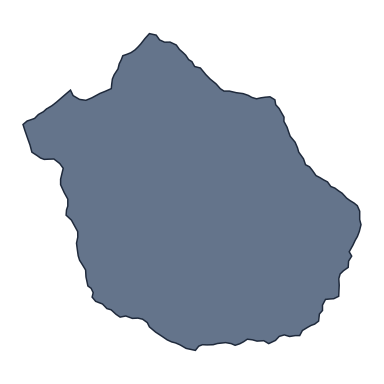 Piratininga, São Paulo, Brazil
{"feature_id": "56859067B94556875312547", "entity_name": "Piratininga", "entity_type": "district", "adm_level": 2, "iso_a3": "BRA", "parent_name": "Brazil", "parent_adm1": "São Paulo", "projection": "orthographic", "projection_center": [-49.192, -22.416], "detail": "fine", "context": "isolated", "style": "filled", "palette": "slate", "viewbox_px": 384, "rotation_deg": 0, "n_neighbors": 0, "source": "geoboundaries", "source_scale": "gbopen_adm2", "svg_char_len": 2290}
<svg xmlns="http://www.w3.org/2000/svg" viewBox="0 0 384 384"><path d="M342.1,193.2L338.2,190.6L334.9,188.1L330.8,186.5L327.5,181.9L323.5,179.8L319.9,177.6L316.0,175.6L312.1,170.0L309.5,166.8L305.5,164.7L303.5,158.8L298.7,152.1L297.5,147.8L295.1,142.2L290.2,136.3L288.5,131.6L287.1,127.3L283.9,121.4L284.0,117.1L281.7,113.1L279.1,108.5L275.7,104.7L274.9,99.8L270.0,96.8L265.3,97.2L261.0,97.8L256.5,98.8L251.8,97.4L248.3,95.4L243.1,93.6L236.3,92.7L229.5,91.1L224.0,91.1L220.3,88.7L216.2,84.0L210.2,79.1L205.7,74.5L200.4,68.0L194.6,66.5L191.9,61.6L188.6,59.6L185.7,55.2L182.7,52.3L179.4,49.4L176.3,45.0L170.1,42.1L164.6,42.2L159.6,39.9L156.2,35.1L149.4,33.6L145.0,38.5L140.8,43.9L137.8,47.2L134.9,50.0L130.9,52.7L126.9,54.3L122.8,55.7L121.2,59.9L119.2,63.9L118.0,68.9L114.2,74.7L112.4,79.0L111.7,84.3L111.3,88.6L105.0,91.4L100.0,93.4L91.9,97.8L85.9,100.3L79.5,99.4L73.1,95.6L70.5,90.1L65.9,94.0L56.3,102.3L51.8,105.8L46.5,108.9L43.4,111.7L38.4,114.5L34.6,118.4L31.0,119.7L27.1,121.0L23.0,124.5L24.7,129.9L27.5,138.0L30.0,145.0L31.9,152.2L36.7,155.3L40.5,158.0L44.2,159.4L48.0,159.2L53.9,159.0L59.8,163.6L63.2,168.3L60.6,179.2L60.6,184.7L64.2,192.6L67.8,199.1L67.8,206.1L66.5,209.9L66.1,215.2L71.4,220.1L74.3,225.4L77.7,231.6L77.8,237.1L76.5,243.2L77.3,249.4L78.2,255.8L79.6,260.3L82.7,265.2L85.6,270.0L86.0,277.0L87.9,286.0L91.1,288.3L93.2,292.7L92.1,297.1L95.7,301.4L102.5,304.0L106.9,308.6L111.1,309.8L116.0,314.3L120.1,317.1L125.8,316.0L132.4,318.4L137.9,318.1L142.6,319.2L147.3,322.6L149.4,326.9L155.7,332.2L161.7,336.1L167.1,339.8L171.6,341.9L175.5,342.9L180.1,344.9L186.1,348.4L195.4,350.4L198.7,346.2L202.4,344.7L207.1,344.9L213.2,344.7L217.4,343.5L225.6,342.6L231.2,343.6L235.1,345.3L239.7,343.8L243.5,341.8L247.3,339.2L252.4,339.8L257.0,341.1L263.8,340.7L268.7,343.6L275.5,340.4L279.2,336.4L284.3,334.9L289.6,336.5L295.1,335.6L299.7,335.6L302.4,330.5L307.5,327.4L311.1,325.4L314.7,324.1L318.6,321.1L319.4,314.0L322.5,310.5L322.5,305.1L325.5,299.4L329.7,299.0L333.8,298.7L338.7,296.3L339.2,285.2L338.8,278.7L340.1,274.0L343.5,270.7L348.2,267.4L348.6,261.1L351.7,256.1L349.2,251.8L352.9,245.2L355.2,240.3L357.4,236.5L359.3,231.5L361.0,224.7L359.7,219.6L359.7,211.2L357.3,205.7L354.0,203.0L349.9,200.5L346.6,198.1L342.1,193.2Z" fill="#64748b" stroke="#1e293b" stroke-width="1.5"/></svg>